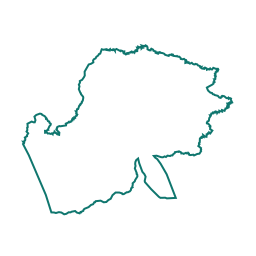 the district of Katete, Eastern, Zambia, rotated 85°
{"feature_id": "96606910B8201415928290", "entity_name": "Katete", "entity_type": "district", "adm_level": 2, "iso_a3": "ZMB", "parent_name": "Zambia", "parent_adm1": "Eastern", "projection": "mercator", "projection_center": [32.014, -14.048], "detail": "fine", "context": "isolated", "style": "outline", "palette": "teal", "viewbox_px": 256, "rotation_deg": 85, "n_neighbors": 0, "source": "geoboundaries", "source_scale": "gbopen_adm2", "svg_char_len": 5735}
<svg xmlns="http://www.w3.org/2000/svg" viewBox="0 0 256 256"><g transform="rotate(85 128 128)"><path d="M199.3,103.2L200.4,101.8L200.7,97.0L201.5,95.4L201.8,86.5L177.5,93.5L166.5,98.6L161.5,101.6L159.8,103.6L158.1,104.7L158.1,101.9L160.0,97.4L160.2,95.7L159.5,94.0L160.2,92.7L159.0,91.1L159.6,88.4L159.0,87.3L159.2,86.1L158.0,85.2L157.2,83.7L156.2,83.4L155.9,80.7L156.2,79.7L155.7,79.2L156.9,77.3L158.0,77.1L158.0,75.7L158.6,74.8L157.8,72.4L158.4,71.8L158.5,70.8L157.9,70.3L158.8,69.5L159.9,69.5L160.4,68.5L160.3,65.2L161.1,64.6L159.9,61.3L159.8,59.1L157.4,57.2L156.8,57.5L155.8,57.0L155.2,57.3L154.4,57.0L152.1,59.5L150.4,58.2L149.9,58.7L149.0,58.5L148.5,57.8L144.8,57.3L144.2,56.7L144.3,55.8L143.7,56.0L143.1,55.4L143.5,54.0L143.1,54.2L142.8,53.6L141.6,53.7L143.3,51.9L143.6,50.6L141.2,50.2L141.3,49.6L140.5,49.1L140.8,48.8L140.5,47.9L139.5,47.6L140.6,46.5L137.9,44.2L136.3,46.3L134.7,46.0L133.6,46.6L133.2,45.8L130.9,47.5L130.3,49.0L129.9,49.1L128.4,48.3L128.2,47.2L127.4,46.7L125.2,46.2L123.4,44.8L122.5,45.2L122.6,44.3L120.9,43.8L120.9,42.4L120.4,42.6L119.8,42.0L120.4,40.1L120.1,39.3L119.3,39.8L119.1,39.5L119.6,38.1L120.8,37.9L120.1,37.4L120.4,36.0L118.9,35.6L119.5,34.9L119.3,34.1L119.7,33.2L119.3,33.3L119.1,32.5L118.4,32.6L119.3,30.3L117.1,29.2L117.3,28.7L116.5,26.6L115.9,27.6L114.8,27.3L114.8,25.6L114.1,25.6L114.1,26.3L113.4,26.6L113.2,25.9L112.9,26.7L112.3,26.9L112.4,24.9L111.8,25.3L111.2,24.1L111.2,23.6L112.1,23.4L111.7,22.0L108.6,23.2L107.7,22.8L107.0,24.0L107.7,25.2L106.7,25.5L107.0,25.8L106.8,27.3L104.8,29.3L104.3,30.8L104.8,31.2L104.4,31.7L104.7,32.1L106.1,33.0L105.6,34.4L103.8,35.7L102.7,38.8L102.1,39.3L101.7,40.6L100.4,41.3L100.0,42.8L97.9,44.8L96.8,45.3L94.6,45.9L92.1,40.2L91.2,38.9L89.9,38.9L89.7,37.8L88.4,38.1L87.3,37.5L86.9,37.8L86.8,36.8L85.3,36.5L84.7,36.8L84.1,36.1L83.1,36.8L82.7,36.2L81.3,36.7L80.7,35.7L79.9,35.7L79.6,34.6L78.4,34.6L79.1,33.7L77.7,32.9L76.9,33.2L76.7,35.3L75.5,37.8L77.0,39.1L76.8,40.2L75.8,41.0L76.8,42.1L76.3,42.8L76.8,44.3L75.6,44.4L74.6,45.9L75.3,46.4L74.8,46.9L75.0,47.4L75.6,47.4L75.2,49.1L74.3,50.2L73.5,49.6L73.6,50.8L72.6,50.9L71.7,52.9L70.7,53.4L70.0,55.3L70.5,55.9L70.4,56.7L69.9,57.7L68.6,58.8L69.3,60.7L68.6,61.7L67.9,61.7L67.7,62.2L68.2,62.7L67.1,63.8L67.1,64.5L68.1,64.6L68.2,65.2L65.8,64.9L65.7,64.1L65.4,64.2L65.0,65.3L64.0,66.2L64.3,67.6L63.8,69.4L62.8,69.5L61.4,70.7L61.4,71.8L60.5,72.9L60.8,73.4L60.1,76.4L58.8,76.8L58.5,77.8L59.3,78.0L58.6,79.6L59.0,81.0L59.7,81.2L59.6,81.5L58.3,84.7L57.3,85.3L56.4,87.0L55.9,89.3L55.4,89.3L55.2,90.0L55.6,90.2L55.4,91.4L55.8,91.0L56.6,91.4L56.5,91.9L56.2,92.4L55.8,92.1L56.0,92.9L55.5,94.0L54.1,93.9L53.3,95.9L52.2,96.1L51.0,97.9L51.3,98.4L50.9,98.8L51.6,98.4L52.6,98.7L52.5,99.8L51.3,101.7L49.3,101.5L48.0,102.1L47.4,103.0L48.0,103.2L47.6,104.4L48.1,104.6L47.2,106.8L48.6,106.0L49.9,107.5L48.7,107.4L48.8,107.1L48.4,107.4L48.7,107.7L48.4,108.2L49.0,108.5L47.9,110.8L49.1,110.8L48.8,111.9L50.0,111.5L50.8,112.4L51.2,112.0L52.2,112.1L52.3,112.6L51.4,113.8L53.4,114.9L52.6,115.4L53.3,116.5L52.1,117.6L52.5,118.6L53.0,118.2L53.3,122.0L53.9,121.7L53.7,122.5L54.3,122.8L54.5,123.8L53.7,124.3L53.6,125.3L53.0,125.8L52.5,125.1L51.4,125.0L51.5,126.3L50.8,126.8L50.2,128.3L50.8,128.7L48.3,132.6L49.2,134.4L49.8,134.4L48.3,135.3L48.4,136.1L49.1,136.1L49.1,136.8L48.4,138.9L47.9,139.0L48.5,139.9L49.1,139.8L48.6,141.8L48.3,141.4L47.6,142.5L47.9,145.5L47.3,147.3L51.5,149.2L51.9,150.6L53.1,151.3L54.4,153.4L55.8,154.2L56.6,156.1L57.7,156.9L59.6,156.8L60.8,159.2L61.3,161.6L68.1,166.3L72.0,166.5L73.6,167.5L76.0,169.5L77.0,171.9L78.6,171.9L80.6,173.2L82.2,172.7L85.0,173.6L88.8,172.4L89.3,171.9L90.2,171.9L92.9,170.0L94.0,169.9L96.9,170.7L97.8,171.7L98.8,171.7L99.9,173.3L100.5,173.7L100.7,173.4L101.7,174.3L101.8,174.0L101.7,174.7L104.7,176.0L104.8,177.1L107.0,177.8L106.9,178.5L108.3,177.9L108.9,178.3L110.1,177.4L110.7,178.2L111.2,178.0L111.9,179.4L113.0,180.0L113.4,179.8L113.8,180.5L113.2,180.9L113.9,181.2L113.7,181.7L114.6,181.6L114.5,182.5L114.9,182.6L114.6,182.9L116.5,183.8L116.5,184.8L116.9,184.8L117.3,186.1L116.9,186.6L117.3,186.8L118.2,189.5L118.9,189.2L120.0,189.5L120.4,195.2L120.1,196.2L120.8,198.3L122.2,199.1L122.7,198.8L123.5,199.5L126.6,196.8L128.8,197.2L128.1,199.1L127.5,199.5L127.1,199.1L126.6,200.6L125.3,201.5L126.3,201.8L126.3,202.6L127.0,203.1L126.8,203.9L127.4,203.9L127.0,204.3L127.1,205.9L126.5,206.8L126.5,208.4L125.4,209.1L125.5,211.0L123.6,210.9L123.8,209.5L122.8,208.3L122.9,207.6L122.2,207.7L119.5,206.2L118.0,204.7L117.0,204.6L115.9,205.8L114.7,205.9L114.2,207.1L111.4,208.3L111.6,208.9L110.3,209.0L108.9,210.0L107.4,212.4L106.5,212.9L106.0,214.5L107.0,218.2L108.5,220.2L112.1,219.5L114.2,220.4L114.2,221.3L113.2,223.4L115.0,227.8L118.4,227.8L118.8,228.4L121.4,228.5L122.7,229.4L124.6,227.9L126.6,229.4L127.4,229.3L128.5,231.6L129.8,231.2L131.2,231.5L131.7,232.2L132.8,232.5L132.4,232.7L132.9,233.0L132.7,233.6L133.7,233.1L134.8,234.0L146.4,229.2L187.5,215.7L205.4,211.7L205.7,209.1L206.4,207.2L205.8,204.2L206.4,201.7L208.4,199.1L208.1,196.9L206.8,194.5L207.0,192.5L206.5,191.6L206.1,187.9L207.8,186.3L208.8,183.6L207.6,182.7L207.9,182.0L207.3,181.6L206.7,179.8L205.6,179.4L204.7,178.4L203.4,174.2L201.4,171.5L200.9,169.4L199.0,168.0L199.1,167.3L198.1,166.6L198.0,161.6L199.9,158.6L199.8,156.0L198.1,153.9L197.0,151.4L193.6,149.3L191.2,146.0L191.5,142.4L192.6,139.6L193.4,139.3L193.5,138.0L191.9,134.9L192.0,133.7L191.2,131.6L190.0,130.5L188.3,130.1L187.5,128.6L186.9,128.9L185.0,128.2L183.5,128.2L181.7,125.9L180.3,125.3L177.2,122.9L175.5,122.8L174.4,123.5L173.8,123.2L168.8,124.7L166.5,123.8L164.5,124.0L162.5,123.6L160.7,122.6L159.3,120.6L164.1,119.9L172.9,117.5L175.4,115.7L178.0,114.7L182.2,116.0L183.4,115.8L190.9,110.3L199.3,103.2Z" fill="none" stroke="#0f766e" stroke-width="2"/></g></svg>